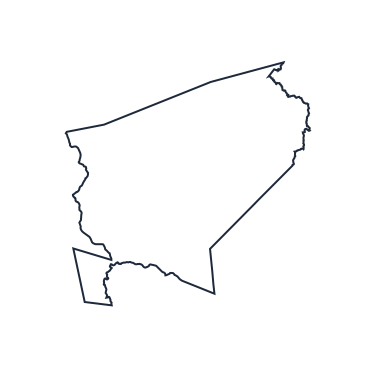 Los Andes, Salta, Argentina, rotated 158°
{"feature_id": "61730980B96224963686238", "entity_name": "Los Andes", "entity_type": "district", "adm_level": 2, "iso_a3": "ARG", "parent_name": "Argentina", "parent_adm1": "Salta", "projection": "mercator", "projection_center": [-68.208, -24.497], "detail": "fine", "context": "isolated", "style": "outline", "palette": "slate", "viewbox_px": 384, "rotation_deg": 158, "n_neighbors": 0, "source": "geoboundaries", "source_scale": "gbopen_adm2", "svg_char_len": 5923}
<svg xmlns="http://www.w3.org/2000/svg" viewBox="0 0 384 384"><g transform="rotate(158 192 192)"><path d="M281.2,275.4L281.0,270.3L281.2,268.7L281.6,267.6L282.8,265.6L284.0,264.2L284.3,263.5L285.1,262.6L285.7,262.3L285.9,261.9L285.8,261.3L285.2,260.3L284.6,260.0L284.0,259.2L283.1,258.5L282.7,257.9L282.6,256.7L282.5,256.2L281.2,255.3L281.0,254.9L281.2,253.5L281.8,252.9L282.0,252.2L281.7,251.0L281.7,250.2L281.2,249.0L281.6,247.9L281.9,247.2L282.8,245.9L285.0,244.6L285.6,244.7L285.9,244.4L286.4,243.5L287.9,242.6L289.4,241.4L291.6,239.3L293.4,238.9L294.0,238.6L294.9,237.7L295.9,236.2L297.3,235.4L298.1,235.1L298.9,235.1L299.2,235.3L299.9,234.9L301.8,234.5L302.8,234.1L303.4,234.1L303.7,233.5L303.7,232.3L303.4,232.0L303.1,230.7L303.0,230.4L302.6,230.3L302.5,229.7L302.7,228.9L303.1,228.2L303.1,227.2L302.8,226.3L301.9,225.7L301.4,224.8L301.1,223.8L301.1,221.8L302.3,219.9L302.8,218.1L303.1,217.7L302.6,216.3L302.1,215.2L302.1,214.4L302.4,213.5L303.2,212.3L305.4,207.7L307.9,205.8L308.1,201.6L308.9,200.3L309.0,198.7L308.7,197.0L307.9,195.2L303.9,188.8L303.5,186.7L303.5,183.0L303.4,182.6L302.8,181.5L301.8,180.4L300.7,179.6L295.0,177.3L294.1,176.8L293.9,176.3L293.6,173.8L293.7,172.4L293.9,171.7L293.8,171.0L292.9,169.4L292.3,167.6L291.9,166.9L291.7,166.3L291.3,165.9L291.8,163.3L291.8,161.9L291.7,161.4L291.7,160.7L291.9,159.9L292.2,159.2L323.2,184.1L332.7,130.2L308.9,117.0L308.6,118.7L308.0,119.5L308.5,121.4L307.9,122.9L308.0,123.2L307.9,124.5L308.0,124.8L308.3,125.0L308.4,125.4L308.2,125.7L308.5,126.0L309.5,126.1L310.0,125.9L311.0,126.1L310.0,127.1L309.5,128.0L309.5,129.0L309.9,130.7L308.9,132.3L308.1,133.3L307.8,134.1L307.8,135.5L307.9,136.0L307.6,138.4L307.7,138.7L308.4,139.0L308.4,139.4L307.6,140.5L307.2,141.6L307.2,142.2L307.0,142.6L306.2,143.7L305.8,144.1L304.8,144.4L304.5,144.2L304.4,143.7L303.8,142.9L303.4,142.7L302.7,142.8L302.3,143.0L302.0,143.3L302.0,143.9L302.4,144.4L302.5,145.5L302.3,146.1L301.7,146.9L301.6,147.2L301.8,147.9L301.8,148.7L301.5,149.1L301.1,149.3L299.8,149.3L299.0,149.6L297.6,149.9L295.8,151.2L295.3,151.3L294.9,151.6L295.1,152.1L295.6,152.6L296.1,153.5L295.7,154.2L295.3,154.5L294.9,154.6L294.4,155.4L294.0,155.3L293.5,154.9L293.0,154.0L292.5,153.5L291.8,153.4L291.1,153.4L290.3,153.9L288.6,154.6L287.4,154.7L287.0,154.2L287.2,153.5L287.0,153.2L286.8,152.9L285.8,152.6L285.8,152.2L285.6,152.1L284.7,151.9L284.0,152.3L281.9,152.2L280.4,151.6L278.6,151.4L277.4,150.6L276.1,150.5L275.4,150.2L274.6,149.3L273.1,148.3L271.6,146.3L270.4,145.7L269.2,145.6L268.3,145.1L267.5,145.0L266.9,144.3L266.5,144.2L266.1,143.8L265.8,143.4L265.3,142.3L265.2,141.5L264.7,140.4L264.4,140.0L263.8,139.5L263.1,139.3L262.2,139.4L261.8,139.3L260.4,139.4L259.3,139.8L259.1,140.2L258.6,140.4L257.8,140.5L254.7,138.4L253.1,137.2L252.8,136.8L249.6,129.3L248.9,128.4L248.4,128.1L247.6,126.9L247.5,126.1L247.5,125.6L247.8,125.1L247.9,124.7L247.0,124.5L243.4,124.6L242.6,125.1L241.2,124.6L240.1,124.0L239.8,123.7L239.3,122.5L239.2,121.6L238.3,120.8L237.7,119.8L237.2,119.3L236.2,116.3L235.6,115.1L234.5,113.5L209.3,89.3L206.6,98.9L202.9,110.9L196.6,132.5L137.5,158.0L133.7,159.7L89.0,178.8L88.9,179.3L88.6,179.5L87.5,179.5L87.2,179.6L87.0,179.9L86.9,181.9L86.6,182.5L86.6,182.9L86.3,183.7L85.4,184.3L85.1,184.7L84.3,185.1L83.6,186.2L82.9,186.4L82.7,187.0L82.8,187.5L82.6,188.0L82.0,189.0L81.9,189.7L81.4,190.1L81.5,190.7L81.6,191.0L80.0,190.7L78.9,191.1L78.6,190.8L77.7,191.0L75.6,190.7L74.9,191.1L74.6,190.9L73.7,191.1L73.2,190.6L72.6,190.3L72.5,190.0L72.4,190.1L71.6,192.0L71.7,192.5L71.5,192.8L70.6,193.4L70.6,193.6L70.4,193.9L70.3,194.4L70.6,195.2L70.6,195.4L70.2,195.8L69.7,197.1L69.2,197.6L69.3,198.2L68.9,198.7L68.5,200.2L67.9,201.3L67.2,202.1L67.2,202.4L67.0,203.0L67.1,204.7L66.8,204.8L66.6,205.1L66.7,205.3L66.9,205.5L66.9,205.8L65.0,205.3L64.6,206.2L64.5,207.2L63.7,207.9L63.0,207.9L62.1,207.6L62.0,207.0L61.7,206.5L61.2,206.1L60.9,205.1L60.5,204.9L59.8,204.9L60.0,205.4L59.8,205.9L59.2,206.5L58.9,207.2L59.2,207.8L59.5,208.2L59.5,208.6L59.8,209.0L59.7,209.4L60.0,209.8L60.7,210.0L60.5,211.3L60.0,212.0L60.2,212.9L60.2,213.3L59.8,213.7L59.6,214.6L59.0,214.9L58.7,215.4L58.8,215.7L57.5,217.6L57.5,218.2L56.6,218.9L55.3,219.3L54.9,220.3L54.1,220.9L54.2,221.2L54.0,221.6L54.1,222.5L53.9,223.3L53.9,224.6L53.4,225.2L52.5,225.5L52.1,225.8L52.3,226.7L52.0,228.7L51.3,229.8L52.0,230.5L52.0,230.9L52.3,231.1L53.1,231.2L53.6,231.5L53.7,231.8L54.9,232.8L55.0,233.2L54.9,233.5L54.9,233.8L55.3,234.0L55.3,235.0L55.5,235.6L55.5,236.2L55.3,236.4L55.5,236.9L55.4,238.0L56.5,238.6L57.0,240.1L58.3,240.3L59.0,240.2L59.6,240.5L60.1,240.3L60.3,240.6L60.4,241.3L60.9,241.9L60.8,242.7L61.1,243.1L61.6,243.1L62.7,243.6L63.4,243.5L64.5,243.9L65.4,243.7L66.0,244.2L66.9,244.0L67.2,244.2L67.1,244.6L67.3,245.2L67.0,245.1L66.3,245.9L67.3,247.3L67.2,248.2L67.5,248.6L67.6,249.1L67.7,250.2L67.5,250.7L67.8,251.4L68.0,251.5L68.3,251.4L68.7,251.4L68.9,251.9L69.3,252.0L69.9,252.8L69.5,253.9L69.2,255.2L69.0,255.5L69.1,255.8L69.4,256.1L69.2,256.5L69.1,257.0L69.5,257.4L69.5,258.4L70.1,258.8L70.2,259.2L70.1,260.2L71.1,260.5L72.1,261.2L73.4,260.4L73.5,260.5L73.7,261.1L73.4,261.6L73.4,261.8L73.7,262.5L74.3,263.2L74.5,264.0L74.1,264.3L74.0,264.7L74.2,265.1L74.8,265.0L75.0,265.3L74.8,266.9L75.3,266.8L75.5,267.0L76.0,268.2L75.9,269.1L76.3,269.7L76.8,269.9L77.0,270.5L77.5,270.5L69.8,275.0L69.1,274.2L68.8,274.1L68.7,273.8L68.1,273.6L68.0,273.1L67.3,273.0L66.9,273.2L66.8,272.7L66.5,272.4L66.6,272.1L66.1,272.2L66.1,272.6L65.9,272.9L65.9,273.2L65.7,273.5L65.3,273.0L64.6,273.0L64.0,272.5L63.3,273.1L63.3,273.6L62.9,274.2L62.8,275.2L62.6,275.6L61.8,276.1L61.3,276.2L61.2,276.5L60.9,276.8L60.7,277.2L59.3,277.1L58.5,277.9L133.4,287.0L248.3,287.4L285.6,294.7L287.0,293.7L286.4,292.3L286.7,289.8L286.6,287.6L286.9,285.1L287.2,283.8L287.0,282.7L287.2,281.9L287.6,281.2L287.5,280.3L287.3,280.0L286.8,278.8L286.4,278.6L284.7,278.4L283.6,278.1L282.5,277.6L282.1,277.1L281.2,275.4Z" fill="none" stroke="#1e293b" stroke-width="2"/></g></svg>